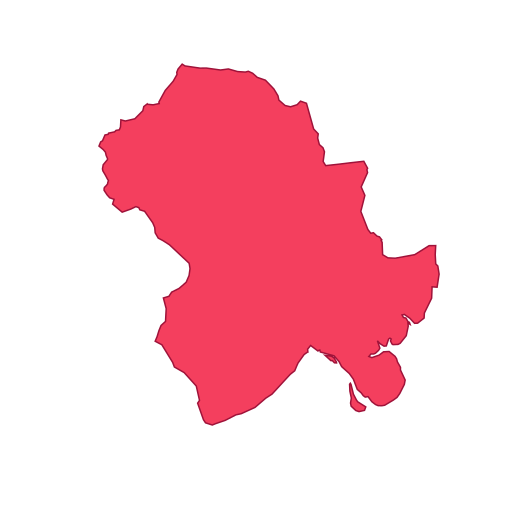 outline of Dubreka, Dubréka, Guinea, rotated 287°
{"feature_id": "49546643B20116898332008", "entity_name": "Dubreka", "entity_type": "district", "adm_level": 2, "iso_a3": "GIN", "parent_name": "Guinea", "parent_adm1": "Dubréka", "projection": "mercator", "projection_center": [-13.536, 10.125], "detail": "fine", "context": "isolated", "style": "filled", "palette": "rose", "viewbox_px": 512, "rotation_deg": 287, "n_neighbors": 0, "source": "geoboundaries", "source_scale": "gbopen_adm2", "svg_char_len": 3123}
<svg xmlns="http://www.w3.org/2000/svg" viewBox="0 0 512 512"><g transform="rotate(287 256 256)"><path d="M183.3,342.9L183.6,342.9L184.7,344.5L183.0,345.6L183.4,359.8L179.3,366.3L175.3,370.2L174.7,371.4L170.9,379.6L166.7,385.1L158.0,391.9L155.9,396.6L153.8,399.4L153.0,401.7L154.3,404.2L150.5,409.4L148.9,413.7L148.6,416.5L149.6,420.1L150.9,422.7L158.3,429.4L162.0,432.2L166.6,433.7L176.6,435.4L181.0,434.9L189.2,427.5L191.8,426.7L196.1,422.2L198.8,420.5L200.7,418.3L203.6,411.2L201.7,406.0L197.2,402.7L192.7,396.5L192.9,393.3L195.9,394.6L196.7,397.2L198.0,398.7L201.6,400.8L204.1,401.4L210.4,396.9L208.4,400.4L207.2,404.8L208.1,406.9L215.3,407.1L216.6,408.1L216.1,409.6L214.1,409.4L211.6,411.8L211.3,412.9L213.0,417.7L214.7,419.4L223.7,423.0L233.3,422.1L236.4,420.9L235.7,423.3L237.4,422.1L237.7,420.5L240.5,417.5L240.3,415.0L242.3,412.9L243.5,414.9L241.5,421.2L238.0,427.3L239.0,430.2L245.8,434.9L250.7,433.7L267.0,436.3L278.0,433.4L279.1,438.3L292.2,436.4L299.6,432.8L301.0,430.2L309.7,427.0L318.5,424.8L316.5,418.5L303.7,407.4L294.6,389.8L292.8,382.7L294.3,376.7L306.0,372.6L307.3,371.2L308.2,371.6L310.4,368.5L310.4,365.9L312.6,361.5L311.3,359.1L314.1,355.2L329.3,343.2L345.8,342.4L352.8,336.4L368.4,338.3L371.0,336.8L372.5,337.1L378.1,331.4L373.3,320.3L367.9,308.1L362.8,296.2L366.0,292.6L375.7,291.0L379.1,288.4L381.1,284.0L386.8,280.5L391.0,279.8L394.3,274.0L416.8,259.6L417.1,253.3L412.7,251.1L408.8,245.4L408.4,239.8L411.8,232.3L415.6,230.2L421.0,224.2L426.9,213.6L427.2,205.0L429.8,199.3L430.4,194.6L428.8,192.1L427.0,184.5L426.8,174.9L423.5,167.7L421.2,153.5L419.3,147.6L417.0,132.5L417.9,129.3L412.1,126.8L408.5,126.5L406.5,127.4L398.9,125.7L387.8,120.8L374.8,118.1L373.5,118.9L370.5,113.4L369.3,107.5L369.5,107.4L366.1,105.0L361.8,105.3L351.8,100.0L346.9,91.6L346.7,87.0L339.7,88.7L336.7,88.4L335.2,85.4L333.4,84.5L330.4,79.1L329.1,79.0L327.6,76.2L321.3,75.5L319.7,74.1L315.2,73.7L313.1,78.8L311.3,81.6L308.2,83.4L305.8,85.5L304.8,85.8L298.6,83.2L294.4,83.7L292.6,84.7L289.5,88.1L286.1,91.5L285.0,92.8L282.7,92.8L281.4,93.0L279.1,92.0L277.3,91.0L276.2,91.0L274.4,91.5L271.0,95.6L268.9,99.0L268.7,103.7L263.7,103.7L258.8,115.2L264.3,122.6L268.1,126.7L268.0,129.8L266.2,131.4L266.2,136.4L257.6,147.5L253.7,150.8L248.7,152.8L244.5,157.3L243.5,162.6L241.4,170.0L229.5,194.2L224.6,196.6L217.8,197.7L210.5,196.9L202.5,191.9L196.8,185.9L192.0,184.5L188.8,179.7L179.4,185.5L167.0,188.6L161.8,185.5L156.2,185.0L150.0,185.0L145.0,184.5L143.6,191.9L129.9,207.4L126.0,210.4L123.5,221.4L114.2,236.9L101.4,244.2L98.2,243.2L84.1,253.6L81.7,256.5L81.6,263.6L83.8,266.3L89.8,274.6L98.2,283.2L100.9,288.0L110.9,299.3L122.9,306.9L128.6,311.7L152.8,323.3L157.6,326.6L162.8,327.1L166.0,327.5L175.8,330.8L179.2,333.4L179.3,333.7L182.0,332.6L186.4,334.4L183.3,342.9ZM146.3,395.9L147.8,394.0L151.5,390.4L152.3,389.6L161.0,384.4L161.9,383.4L160.7,383.0L154.2,385.3L148.0,388.7L143.0,389.4L140.2,390.9L137.4,396.6L137.3,400.0L140.1,404.9L143.8,405.1L146.3,395.9ZM178.2,363.9L181.4,360.3L182.2,357.3L181.2,351.1L177.8,358.2L178.3,359.6L176.8,362.2L177.3,364.3L178.2,363.9Z" fill="#f43f5e" stroke="#9f1239" stroke-width="1.5"/></g></svg>